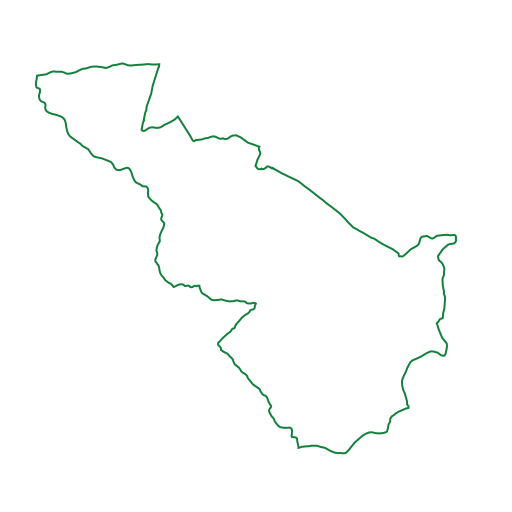 the district of Tena, Cundinamarca, Colombia, rotated 84°
{"feature_id": "7082276B40758433755427", "entity_name": "Tena", "entity_type": "district", "adm_level": 2, "iso_a3": "COL", "parent_name": "Colombia", "parent_adm1": "Cundinamarca", "projection": "mercator", "projection_center": [-74.399, 4.648], "detail": "fine", "context": "isolated", "style": "outline", "palette": "green", "viewbox_px": 512, "rotation_deg": 84, "n_neighbors": 0, "source": "geoboundaries", "source_scale": "gbopen_adm2", "svg_char_len": 6030}
<svg xmlns="http://www.w3.org/2000/svg" viewBox="0 0 512 512"><g transform="rotate(84 256 256)"><path d="M53.8,454.9L56.6,455.5L61.3,456.9L63.8,456.9L65.0,456.7L65.7,456.3L66.3,455.0L67.4,453.5L69.0,453.5L70.9,453.9L72.4,454.7L74.9,455.2L77.6,454.9L79.7,453.5L81.1,450.8L82.0,450.0L83.0,449.6L84.0,449.5L86.2,450.2L88.2,450.0L90.0,449.2L91.7,447.2L93.2,444.3L94.7,440.1L96.4,436.3L97.8,434.1L99.0,433.0L101.1,431.8L104.4,431.3L108.4,431.2L112.7,430.6L115.2,429.9L117.6,428.4L124.1,421.3L125.9,419.0L128.6,416.9L132.0,412.0L133.7,410.9L137.0,409.2L139.9,407.0L141.1,404.3L142.8,399.0L147.1,390.8L148.6,389.5L150.8,388.3L152.9,387.8L155.2,386.3L156.2,384.4L156.3,382.0L154.8,375.7L154.9,374.2L155.6,373.2L156.9,372.3L159.0,371.4L164.2,370.3L168.0,369.1L170.3,367.7L173.3,362.9L174.4,362.0L174.9,361.2L175.2,358.7L175.5,357.8L176.4,357.1L178.1,356.4L179.5,356.3L181.7,356.9L185.1,357.0L187.0,356.2L189.6,354.3L192.0,351.8L193.5,349.9L194.8,348.7L197.7,347.5L201.0,345.7L203.0,345.7L204.8,344.9L205.7,344.9L207.9,346.0L209.2,346.5L210.5,346.2L213.2,344.2L214.1,343.9L214.8,343.9L217.5,344.9L223.8,348.7L227.1,350.0L231.2,350.1L234.9,352.7L237.7,353.9L240.2,354.4L242.6,354.0L244.4,354.0L248.2,356.1L249.6,356.6L250.9,356.6L253.0,355.2L253.6,355.1L254.8,354.2L256.7,353.6L260.9,353.4L263.6,352.8L265.7,351.8L267.7,350.3L270.4,348.8L271.8,347.5L273.6,345.5L274.5,344.0L275.9,342.5L278.2,341.2L278.0,340.1L276.7,336.8L276.3,334.9L276.4,332.4L277.1,331.0L278.2,330.2L278.5,329.6L278.3,326.5L278.9,325.4L280.0,324.6L280.3,323.8L280.2,322.3L279.4,320.9L279.2,320.1L279.4,318.8L279.8,318.1L279.4,316.6L279.7,315.4L281.4,315.4L286.1,314.1L287.3,313.4L288.4,312.1L290.9,308.7L294.6,305.2L295.3,303.9L295.7,301.6L295.6,294.7L297.3,290.8L298.4,287.0L298.6,283.3L298.2,281.2L298.1,279.8L298.6,278.2L299.4,276.6L300.0,271.8L301.8,270.2L302.4,268.9L302.7,265.9L302.3,263.8L302.4,262.8L302.9,261.5L303.3,261.1L305.4,262.4L307.5,262.7L308.5,263.7L308.9,264.6L309.0,266.4L309.4,267.3L311.2,268.6L312.1,269.8L314.2,274.1L316.0,276.6L320.1,280.9L321.5,282.6L323.5,284.0L325.2,284.7L325.8,285.7L325.8,286.8L326.7,287.9L328.4,289.1L330.6,292.9L333.8,297.2L335.3,299.1L337.4,301.1L337.9,302.2L338.9,302.9L340.5,302.9L342.5,301.3L344.5,300.4L345.8,300.7L347.8,298.3L349.9,295.1L350.6,294.2L352.8,292.9L354.6,291.2L356.4,289.9L358.8,289.4L361.1,288.7L362.7,287.3L365.2,284.7L367.5,283.4L369.0,282.8L370.3,281.7L372.5,278.8L374.0,277.6L376.6,276.8L383.6,272.3L388.6,266.4L389.7,266.0L391.0,265.7L394.1,264.1L395.3,262.7L396.1,261.0L398.1,259.7L402.1,258.8L405.4,257.4L406.7,256.7L407.3,256.7L408.3,257.2L408.9,258.0L409.8,258.7L411.4,259.2L412.9,259.0L417.1,257.2L418.4,256.1L420.0,255.2L422.2,254.7L423.6,254.0L427.1,251.7L428.7,250.0L429.8,246.2L429.8,245.1L430.1,243.9L430.2,240.2L431.7,238.6L433.5,238.4L436.6,238.9L438.7,239.5L439.9,239.0L440.1,237.3L440.6,235.5L441.7,234.3L444.8,234.3L449.7,233.7L451.2,233.9L451.1,232.6L450.6,230.7L450.5,229.3L450.7,222.1L450.4,220.4L450.8,218.4L450.8,216.9L451.4,214.4L452.9,211.2L453.4,209.0L454.2,207.2L457.8,202.1L459.8,198.2L460.6,195.4L460.8,192.2L461.3,190.5L461.4,188.0L460.8,186.7L459.6,185.2L457.8,183.2L451.8,177.3L447.7,171.5L445.7,168.5L444.3,165.5L443.3,162.0L443.4,159.1L444.6,155.9L445.3,152.2L445.4,148.0L444.8,145.1L444.2,144.1L442.2,143.2L437.2,141.7L434.7,139.9L431.9,139.5L429.8,137.9L428.4,135.1L427.1,133.3L425.7,130.3L423.4,123.0L423.0,120.2L421.2,120.0L419.6,121.2L418.2,121.2L416.5,121.0L408.5,122.3L404.5,123.6L400.9,124.1L396.6,124.0L394.4,123.5L390.6,121.5L386.6,119.0L383.2,117.3L377.7,113.6L376.2,111.3L374.5,105.9L373.2,102.3L370.3,96.1L369.1,92.1L369.6,89.2L371.1,85.6L372.5,83.9L373.9,82.6L374.7,80.5L374.8,79.0L373.3,77.8L369.5,76.5L365.5,75.4L362.9,75.5L356.8,79.4L347.9,82.0L341.7,83.2L340.7,81.8L337.9,79.5L337.4,76.9L333.9,76.0L332.9,76.0L328.4,74.3L318.8,72.5L316.6,72.3L312.5,73.2L311.5,72.6L308.9,73.0L304.0,73.3L298.0,72.9L295.8,71.7L294.2,71.0L291.3,70.7L288.9,70.0L287.0,70.2L284.0,71.0L281.3,72.6L279.8,74.2L278.0,74.9L275.1,75.0L268.9,69.6L265.0,64.1L264.4,62.1L264.2,57.7L263.2,56.3L261.2,55.3L260.0,55.5L258.1,55.1L256.5,55.5L255.8,56.6L255.7,60.7L254.9,63.9L254.7,68.0L254.8,74.1L256.6,77.1L257.1,79.0L256.6,80.1L253.9,83.9L253.9,84.9L254.2,85.8L254.0,87.8L254.6,89.7L255.9,90.7L260.0,92.3L261.9,93.6L263.1,95.7L265.5,101.4L270.2,107.6L271.8,110.3L271.4,112.4L271.4,113.4L271.1,113.8L268.4,114.0L263.5,119.4L258.2,127.7L254.5,132.6L251.1,136.6L250.0,139.3L243.8,147.5L242.0,150.3L240.0,152.8L237.5,156.6L234.4,158.9L233.7,159.7L227.2,164.4L222.2,168.4L215.8,175.0L210.2,181.1L207.5,183.5L205.3,186.0L196.5,195.0L192.1,199.9L186.6,205.5L185.5,206.9L179.7,216.5L178.1,218.8L177.5,220.2L170.8,229.5L171.0,229.7L170.7,230.2L170.1,230.3L170.3,231.4L169.9,231.4L168.6,233.7L168.2,234.7L168.2,235.8L169.3,237.0L170.3,239.2L170.2,241.3L169.8,241.5L170.1,242.1L170.0,244.0L169.3,245.3L166.4,247.1L160.0,244.3L155.9,241.6L154.4,240.9L152.5,241.2L151.2,241.8L149.6,242.0L148.4,241.8L147.9,241.6L147.6,241.3L142.4,252.2L136.3,259.0L133.9,263.1L133.8,266.5L134.4,268.6L136.0,271.2L136.7,273.4L136.5,274.7L135.5,276.7L135.8,278.7L135.1,280.8L133.1,283.8L132.5,286.4L132.8,288.5L133.6,291.3L133.7,294.9L134.2,296.3L134.5,298.8L134.4,303.8L135.3,305.4L135.0,306.4L134.0,307.1L129.2,309.1L109.1,319.1L111.8,322.6L114.2,328.0L116.1,333.7L116.8,334.6L118.0,337.4L118.3,339.9L118.2,341.4L117.2,345.4L117.2,346.9L117.3,348.5L119.9,353.8L119.9,354.5L119.6,355.6L118.9,356.5L117.6,356.4L116.7,356.0L112.1,354.7L109.8,353.4L109.8,353.7L102.0,351.2L98.9,349.6L97.5,349.5L96.1,349.2L83.7,343.3L75.8,340.9L58.5,333.4L57.7,333.0L57.7,332.7L55.2,332.2L55.0,337.1L53.8,343.9L53.8,348.9L53.5,354.7L53.5,360.5L53.0,363.2L50.6,368.3L50.6,369.9L51.2,373.9L51.4,378.9L52.3,381.2L53.4,385.5L51.9,390.0L50.8,395.4L50.6,398.9L50.7,400.8L51.6,405.0L51.8,406.8L51.6,408.1L51.9,409.4L52.9,412.5L54.3,415.9L55.1,421.4L55.0,424.7L54.4,426.2L53.6,427.3L52.4,430.2L51.9,435.4L51.3,437.5L51.3,439.2L51.8,441.3L53.3,445.2L53.5,446.8L53.5,450.8L53.8,454.9Z" fill="none" stroke="#15803d" stroke-width="2"/></g></svg>